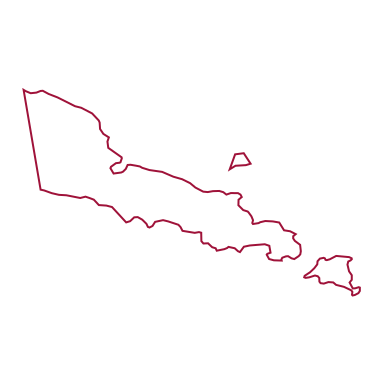 Door, Wisconsin, United States of America, rotated 80°
{"feature_id": "52423323B99024056145108", "entity_name": "Door", "entity_type": "district", "adm_level": 2, "iso_a3": "USA", "parent_name": "United States of America", "parent_adm1": "Wisconsin", "projection": "mercator", "projection_center": [-87.16, 45.052], "detail": "fine", "context": "isolated", "style": "outline", "palette": "rose", "viewbox_px": 384, "rotation_deg": 80, "n_neighbors": 0, "source": "geoboundaries", "source_scale": "gbopen_adm2", "svg_char_len": 2347}
<svg xmlns="http://www.w3.org/2000/svg" viewBox="0 0 384 384"><g transform="rotate(80 192 192)"><path d="M163.4,340.7L164.8,337.3L168.8,330.3L171.7,323.5L173.4,316.3L178.5,303.1L178.1,297.7L180.0,294.2L182.5,290.0L188.7,286.0L190.5,278.7L192.9,273.4L210.5,262.1L210.0,258.0L206.9,253.3L207.3,249.8L210.6,245.8L215.4,242.4L218.7,241.5L219.6,240.0L218.6,236.8L215.0,233.5L214.7,225.4L216.8,220.6L221.9,211.1L224.5,209.4L228.6,208.1L232.7,196.4L232.7,192.1L233.7,190.0L242.0,191.3L244.7,189.7L245.3,185.1L249.9,181.7L251.5,178.5L254.1,177.8L253.9,170.1L253.3,167.2L252.4,165.6L254.8,159.7L258.3,157.0L259.5,155.2L254.9,150.4L254.7,144.3L256.1,129.4L258.4,125.2L265.4,125.2L266.0,128.6L266.7,129.3L271.4,127.7L273.5,123.2L275.1,115.6L274.0,115.7L272.4,114.5L271.7,110.7L271.9,108.5L274.6,105.5L275.8,102.9L273.7,98.1L272.2,96.2L269.2,95.1L262.8,94.7L258.0,99.2L255.3,100.4L253.1,100.0L251.5,97.2L247.7,102.2L245.7,108.0L237.2,111.4L235.0,117.5L233.3,124.9L233.6,130.1L234.2,131.8L234.1,137.5L233.0,138.0L230.4,136.8L226.3,137.7L222.0,139.8L220.9,140.5L218.7,144.7L213.1,148.6L207.7,147.5L205.6,143.9L203.0,144.7L201.1,146.9L199.8,154.0L200.5,158.6L197.6,161.2L195.7,165.0L194.8,171.2L194.8,176.5L193.6,180.9L188.2,187.9L183.0,192.3L177.7,199.5L173.7,207.7L167.0,217.9L163.0,230.1L159.5,236.9L157.8,238.9L156.4,242.5L154.5,247.8L154.2,250.7L157.8,253.2L160.0,256.4L160.5,258.3L160.2,266.0L154.4,268.2L153.1,267.4L150.4,261.9L150.6,258.2L150.3,257.3L146.7,255.3L145.6,255.3L134.0,266.8L127.6,266.5L123.8,264.4L119.4,269.2L114.0,271.6L107.6,270.9L105.4,271.4L97.3,276.7L89.8,286.5L87.2,292.3L75.5,308.0L70.6,316.1L66.4,321.4L66.2,323.6L67.1,328.0L66.7,333.7L63.9,338.1L62.2,340.1L163.4,340.7ZM279.7,73.7L279.8,77.6L282.0,80.4L285.0,81.2L288.3,84.8L291.5,89.6L294.1,95.6L295.5,96.3L296.3,95.0L296.4,91.5L295.6,85.4L296.8,82.8L298.8,81.6L302.4,82.1L304.1,81.2L305.1,78.1L304.4,73.3L305.6,68.6L308.5,66.2L311.8,58.8L316.5,52.2L318.3,51.4L321.0,52.3L321.8,51.8L321.7,49.5L320.5,45.7L318.6,43.9L315.3,43.3L314.7,44.3L315.2,48.1L314.9,50.4L308.5,52.5L306.2,49.9L301.7,49.1L297.4,51.1L290.5,51.5L287.6,50.2L286.9,47.7L285.9,46.3L285.0,46.3L283.4,48.6L280.0,61.1L282.2,68.0L282.5,71.1L282.0,72.3L280.5,72.6L279.7,73.7ZM162.8,134.3L162.4,143.0L176.2,150.9L173.7,144.6L174.9,134.3L174.3,129.4L162.8,134.3Z" fill="none" stroke="#9f1239" stroke-width="2"/></g></svg>